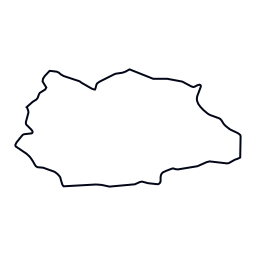 Gafsa, Albers equal-area conic projection
{"feature_id": "TUN-112", "entity_name": "Gafsa", "entity_type": "Governorate", "adm_level": 1, "iso_a3": "TUN", "parent_name": "Tunisia", "parent_adm1": "", "projection": "albers", "projection_center": [8.747, 34.421], "detail": "fine", "context": "isolated", "style": "outline", "palette": "ink", "viewbox_px": 256, "rotation_deg": 0, "n_neighbors": 0, "source": "natural_earth", "source_scale": "10m", "svg_char_len": 1861}
<svg xmlns="http://www.w3.org/2000/svg" viewBox="0 0 256 256"><path d="M26.6,107.2L32.7,101.8L36.1,99.7L37.3,98.5L37.9,97.3L39.0,94.2L39.9,92.8L45.2,89.5L46.3,87.5L42.6,81.5L43.0,78.8L44.7,76.1L49.4,71.1L49.6,70.9L51.4,71.0L56.8,71.7L58.9,72.7L60.7,74.3L63.6,76.0L79.6,81.3L81.6,82.8L91.7,88.6L93.8,89.4L95.0,89.5L95.5,88.2L96.4,84.9L96.6,84.3L96.9,83.7L98.2,82.6L99.7,81.6L114.6,74.1L115.9,73.7L122.5,72.7L125.3,71.7L129.6,69.4L153.2,78.8L167.3,78.8L182.3,81.6L191.3,86.4L192.5,86.8L193.4,87.0L194.0,86.9L195.3,86.4L197.3,85.3L198.3,85.0L199.7,84.7L200.4,85.1L200.8,85.6L200.8,86.3L200.7,87.0L197.3,96.0L197.0,97.4L196.9,98.1L196.9,98.8L196.9,99.7L197.2,101.2L198.1,103.5L198.7,104.5L200.3,106.7L203.4,110.0L207.4,113.4L208.8,114.3L209.8,114.9L219.1,118.3L220.3,119.0L221.5,120.4L223.7,123.9L224.6,124.9L225.8,126.1L229.6,129.1L230.6,129.7L237.6,133.0L239.2,134.1L240.3,135.1L240.5,135.8L240.6,136.4L240.2,157.5L237.6,158.8L234.9,159.7L228.8,163.1L227.7,163.3L226.2,163.3L209.6,161.4L206.5,162.2L197.5,166.2L178.0,169.4L175.7,169.2L173.1,168.4L171.8,168.7L166.0,170.9L162.7,172.5L162.1,173.2L161.6,173.8L161.2,174.5L161.0,175.2L160.8,175.8L160.6,177.1L160.6,181.0L160.4,181.7L160.2,182.5L159.7,183.1L159.2,183.6L158.7,183.9L158.2,184.1L157.3,184.2L148.1,183.2L142.4,181.7L141.3,181.7L140.0,182.0L134.8,184.3L109.5,186.6L101.5,184.9L95.9,184.5L63.7,186.3L63.0,185.7L62.3,184.5L61.0,180.3L60.4,177.8L60.0,177.0L59.4,176.1L57.5,174.0L55.0,172.1L54.1,171.6L43.1,167.7L37.6,167.2L37.0,166.9L36.3,166.5L35.6,165.9L34.5,164.1L32.7,160.9L30.5,157.7L29.3,156.3L26.6,153.8L15.8,146.5L15.4,145.8L15.4,144.8L16.3,142.9L17.1,141.7L22.3,135.3L23.0,134.7L23.7,134.4L24.3,134.2L31.4,133.4L32.1,133.1L32.5,132.5L32.6,131.7L31.9,130.3L31.3,129.6L26.2,124.5L25.9,123.4L25.9,122.0L28.4,112.8L28.3,111.1L27.2,107.8L26.6,107.2Z" fill="none" stroke="#020617" stroke-width="2"/></svg>